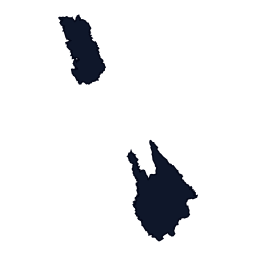 outline of Hpa-An, Kayin, Myanmar
{"feature_id": "60261553B96608852730046", "entity_name": "Hpa-An", "entity_type": "district", "adm_level": 2, "iso_a3": "MMR", "parent_name": "Myanmar", "parent_adm1": "Kayin", "projection": "albers", "projection_center": [97.347, 18.013], "detail": "fine", "context": "isolated", "style": "filled", "palette": "ink", "viewbox_px": 256, "rotation_deg": 0, "n_neighbors": 0, "source": "geoboundaries", "source_scale": "gbopen_adm2", "svg_char_len": 5750}
<svg xmlns="http://www.w3.org/2000/svg" viewBox="0 0 256 256"><path d="M192.9,198.6L195.8,197.4L195.5,197.1L196.0,196.5L196.6,196.8L197.0,195.6L195.6,195.9L195.1,194.5L194.8,195.6L194.1,195.4L194.3,193.2L195.1,193.4L195.2,192.9L194.3,192.4L193.3,192.6L193.1,191.9L193.9,191.2L192.5,190.8L192.7,190.0L191.8,190.3L191.8,189.3L191.2,189.1L191.4,188.2L190.1,188.7L190.4,187.9L191.2,187.6L191.3,187.0L191.1,186.8L190.0,187.5L189.1,186.9L188.2,185.2L185.7,184.2L185.4,183.1L184.3,182.2L183.5,182.1L183.6,181.2L182.8,180.1L181.9,180.1L181.4,179.0L181.4,177.5L182.3,176.3L181.7,175.9L181.7,175.2L180.2,174.5L179.5,174.8L178.2,172.8L177.0,171.9L177.8,171.3L177.8,171.0L176.2,169.9L173.2,165.9L171.5,165.9L171.1,164.6L168.3,163.7L168.0,162.4L167.4,162.0L166.7,160.1L162.8,156.9L160.7,154.4L159.1,153.2L158.8,152.3L156.8,149.7L156.7,148.4L157.4,147.7L156.5,146.4L155.5,146.1L154.7,144.4L153.5,143.6L153.6,142.8L152.3,142.7L150.7,140.7L150.1,141.0L150.0,142.7L150.4,144.3L151.6,146.2L151.1,147.6L152.7,152.1L152.2,154.5L152.8,155.7L153.2,159.8L155.6,164.6L155.6,166.0L157.0,167.5L156.1,170.9L156.5,173.7L155.8,174.3L154.0,174.9L151.6,174.6L150.5,174.9L149.4,178.3L148.5,179.5L147.8,179.4L147.8,177.9L146.9,176.0L146.1,175.3L144.4,170.7L143.2,170.2L142.9,170.5L142.0,170.4L140.2,171.8L140.0,170.6L139.7,170.8L139.7,169.7L138.1,169.2L138.1,168.5L138.8,167.8L138.5,167.5L138.8,166.9L138.0,167.2L137.6,165.8L136.8,165.2L138.0,164.0L136.0,162.0L137.7,159.8L137.5,159.3L135.0,157.3L135.1,156.6L134.1,155.7L135.0,154.9L133.0,154.1L133.0,153.5L131.7,152.9L131.1,151.2L130.6,152.9L129.0,153.3L128.3,156.1L127.7,156.4L128.8,157.4L128.8,158.2L129.3,158.6L129.1,160.0L129.8,160.6L130.6,162.4L133.2,163.5L133.5,164.9L133.0,165.7L133.1,167.3L132.4,168.9L132.7,170.0L133.8,170.9L133.6,171.1L133.3,173.1L134.1,174.1L133.9,175.0L135.3,176.4L135.3,176.8L136.0,177.2L135.6,177.7L136.0,178.5L136.5,178.6L136.9,179.3L137.4,179.1L137.5,179.9L136.9,180.2L136.9,180.6L137.7,180.8L138.1,181.5L137.9,182.7L136.4,183.3L136.3,184.4L136.4,184.8L137.0,184.5L136.8,185.2L137.3,185.2L137.2,186.0L137.8,186.5L137.3,187.0L137.8,187.5L137.8,188.1L138.5,188.7L138.3,188.9L137.6,188.6L137.1,190.2L137.6,190.4L137.3,190.8L137.5,191.7L138.1,191.9L137.9,192.3L138.3,192.7L137.9,193.1L138.3,194.1L139.0,194.5L138.6,195.3L137.8,195.2L138.3,196.2L137.9,196.3L137.7,195.8L137.2,195.7L136.6,196.5L136.8,197.3L136.0,198.6L135.7,198.4L135.8,197.6L135.5,197.7L135.4,198.9L136.1,199.3L136.6,200.3L136.1,201.3L135.9,201.0L135.5,201.0L135.8,202.0L134.8,202.4L134.1,201.6L133.6,202.0L134.8,202.9L134.1,203.0L134.0,203.5L135.1,203.5L135.3,204.0L134.7,203.9L134.4,204.6L133.5,204.8L134.3,205.6L133.7,205.8L133.8,206.1L134.6,207.2L135.6,207.5L135.6,208.4L136.0,208.6L136.3,209.4L135.5,210.3L136.3,211.2L136.0,212.9L135.5,213.5L136.0,214.1L137.0,213.3L136.5,214.4L137.0,215.2L136.8,215.7L139.1,216.7L139.1,217.4L138.4,217.5L138.1,218.3L138.8,219.3L140.6,220.2L141.1,219.7L142.2,220.6L141.6,221.5L142.0,222.7L142.2,225.4L143.3,225.8L146.0,230.4L146.5,230.2L148.0,231.3L148.1,232.5L149.0,233.2L149.0,234.9L151.1,234.2L152.6,234.5L152.3,236.4L153.0,236.4L155.8,237.3L157.0,239.1L158.8,240.6L159.5,240.6L162.9,238.5L161.9,237.3L162.4,235.9L163.9,234.7L167.8,232.4L168.2,232.6L169.2,234.3L170.1,234.9L170.8,235.0L171.7,235.8L173.1,235.6L174.6,233.7L173.9,232.4L173.5,230.4L174.2,228.7L174.2,227.2L174.6,227.0L175.8,224.8L177.8,224.4L177.5,222.5L178.3,220.4L179.2,219.2L179.9,218.9L180.5,219.2L180.9,218.0L181.4,217.8L183.1,217.4L184.5,217.8L187.6,216.7L188.4,215.8L188.4,215.0L188.9,215.0L189.3,214.3L188.5,213.3L188.8,210.2L188.0,208.5L187.7,206.3L186.2,206.3L185.6,203.4L186.0,201.8L186.9,200.9L187.1,199.5L188.6,198.6L190.5,198.4L191.1,197.9L192.9,198.6ZM95.8,80.0L97.9,79.9L97.2,78.4L99.1,76.9L98.9,75.2L99.9,74.2L100.3,72.8L100.6,72.4L101.8,72.9L102.2,72.5L102.6,71.1L104.2,70.2L104.2,68.3L105.1,67.3L104.2,65.5L104.0,64.1L102.6,63.2L102.0,63.2L101.8,62.7L102.3,61.6L102.8,61.1L102.5,60.2L99.6,57.8L99.8,56.8L98.8,54.5L98.1,53.9L98.8,52.3L97.6,50.4L97.0,50.0L98.6,48.4L98.3,47.9L97.4,47.6L96.7,46.7L97.2,45.7L95.9,44.2L96.3,43.5L95.2,42.0L94.1,42.4L91.5,40.5L91.0,39.1L91.2,38.5L92.0,38.1L90.9,37.3L90.2,36.2L90.8,35.5L89.9,35.3L89.4,34.5L89.7,33.5L90.2,33.0L89.4,32.5L89.4,32.0L89.9,31.7L89.5,30.9L89.6,29.3L90.3,28.9L90.6,28.2L89.0,25.6L88.1,23.3L86.8,23.1L85.7,21.9L85.5,21.2L82.9,19.9L79.9,19.9L80.2,18.3L79.9,18.3L79.3,17.5L78.7,15.4L77.4,16.0L77.4,17.0L76.7,17.2L76.4,17.8L76.0,20.3L75.2,21.3L74.7,21.5L73.1,19.4L72.5,19.1L72.3,18.6L71.7,18.5L71.9,17.8L70.3,18.5L70.0,17.9L68.7,18.2L66.8,16.8L64.6,17.8L62.9,17.3L62.4,17.7L59.4,17.5L59.0,17.9L60.9,20.1L62.5,20.1L61.6,21.6L60.8,21.7L60.8,22.3L60.2,22.6L61.5,25.0L62.4,25.2L63.4,26.3L63.7,26.3L63.1,26.9L63.1,27.2L63.9,27.0L63.5,28.3L63.8,28.4L64.1,28.1L64.2,28.9L63.3,30.8L63.9,30.8L64.4,31.3L66.3,37.8L66.9,38.3L67.0,39.0L67.8,38.9L70.5,40.6L69.4,41.1L68.8,41.8L66.0,42.7L66.3,43.8L67.5,43.6L67.8,45.2L67.3,45.9L67.3,46.8L69.6,49.3L71.7,50.8L70.8,51.9L71.6,52.3L71.8,54.2L71.2,55.3L72.2,55.2L72.4,56.1L73.1,56.7L72.6,57.2L72.5,58.4L73.2,58.2L73.6,57.3L74.2,58.3L74.5,57.7L74.8,57.7L75.3,58.7L75.5,58.3L75.3,57.8L76.2,57.4L77.7,58.0L79.0,59.4L78.9,60.1L78.2,60.1L78.0,60.6L77.8,59.9L76.7,60.0L77.2,60.8L76.4,60.8L76.3,61.6L75.3,59.9L74.5,60.3L73.9,61.5L73.9,62.5L73.3,63.5L74.0,64.1L73.9,64.7L74.4,65.7L75.7,66.4L75.4,67.9L77.3,68.3L77.5,68.9L75.5,69.4L73.4,69.5L72.1,69.2L71.7,69.4L72.5,73.6L73.3,74.3L73.6,75.3L74.3,75.6L75.5,76.7L77.1,80.3L77.7,80.0L78.3,80.4L78.7,81.1L78.5,82.2L79.3,83.2L79.2,83.6L79.8,83.9L80.9,83.7L81.2,82.7L82.7,81.5L84.4,81.9L86.4,83.7L87.6,83.3L88.9,83.9L90.1,82.7L91.0,82.7L92.3,81.1L93.9,81.2L94.6,80.7L95.1,80.8L95.8,80.0ZM151.9,236.9L153.6,236.9L153.1,236.5L151.9,236.9Z" fill="#0f172a" stroke="#020617" stroke-width="1.5"/></svg>